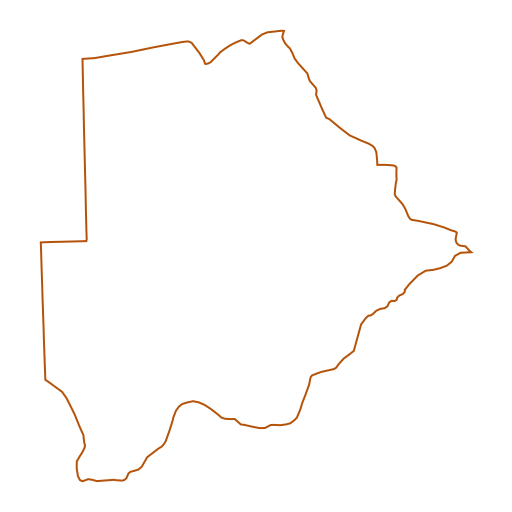 outline of Botswana
{"feature_id": "BWA", "entity_name": "Botswana", "entity_type": "country or territory", "adm_level": 0, "iso_a3": "BWA", "parent_name": "Africa", "parent_adm1": "", "projection": "orthographic", "projection_center": [24.585, -22.321], "detail": "fine", "context": "isolated", "style": "outline", "palette": "amber", "viewbox_px": 512, "rotation_deg": 0, "n_neighbors": 0, "source": "natural_earth", "source_scale": "50m", "svg_char_len": 2683}
<svg xmlns="http://www.w3.org/2000/svg" viewBox="0 0 512 512"><path d="M284.0,31.0L283.1,33.5L282.3,37.0L283.2,39.7L285.1,43.3L287.8,46.4L289.8,48.3L292.3,52.9L294.7,58.6L298.0,63.1L307.4,73.5L308.4,77.1L309.7,80.8L315.7,87.8L316.6,90.2L316.1,94.9L322.2,109.2L326.1,117.6L329.5,119.2L340.3,128.2L349.7,135.4L360.7,140.4L368.8,143.7L372.8,146.1L374.8,148.4L376.4,152.7L377.1,160.1L377.3,164.9L386.0,164.9L393.2,165.4L395.7,166.4L396.6,167.8L396.4,171.0L396.4,175.7L396.6,179.5L395.8,183.5L395.2,188.3L394.7,194.2L395.8,196.6L402.6,204.2L405.4,209.1L408.4,216.4L410.1,218.8L411.6,219.8L417.8,220.8L433.8,224.2L443.7,227.3L451.4,230.4L454.7,231.3L456.3,232.1L456.8,232.8L455.6,239.1L455.9,241.2L456.7,243.1L458.0,244.5L459.6,245.5L465.6,246.4L469.0,250.3L471.2,252.2L460.4,252.8L455.0,255.9L451.8,261.6L446.8,265.7L440.1,268.2L433.1,269.9L425.7,270.7L417.8,275.5L409.3,284.2L404.9,289.7L404.7,292.0L402.8,294.0L399.2,295.6L397.2,297.6L396.6,299.9L394.7,301.0L391.4,300.9L389.1,302.5L387.6,306.1L384.7,308.2L380.1,308.9L376.2,310.8L372.9,314.0L370.3,315.6L368.5,315.6L365.7,318.2L361.1,324.4L360.3,327.3L353.8,350.9L350.4,353.6L343.9,358.4L338.6,364.2L336.3,367.6L333.8,369.1L321.8,371.8L317.3,373.3L311.9,375.5L310.5,377.5L309.1,384.7L305.3,395.2L302.3,402.8L300.3,409.5L296.8,417.8L293.9,420.6L290.5,423.2L286.2,424.4L280.2,425.2L274.9,424.9L270.7,425.0L264.9,428.0L259.5,428.1L250.9,426.4L244.0,424.8L240.9,424.5L234.7,419.0L230.7,419.1L224.7,418.7L221.3,417.5L218.2,414.7L211.3,409.3L204.6,404.9L198.6,402.3L193.1,401.2L187.9,402.3L183.8,403.5L182.2,404.1L179.1,406.4L175.9,410.8L173.3,417.6L172.3,421.8L169.5,430.6L165.7,441.2L163.8,444.3L161.7,446.6L158.3,448.7L147.2,457.2L141.7,466.8L138.3,469.6L134.0,470.9L130.4,471.8L128.5,473.4L126.4,478.2L124.5,479.9L122.4,480.6L116.0,480.2L113.9,479.8L97.0,481.1L91.8,479.7L88.1,479.2L82.4,481.3L79.9,480.0L77.9,476.1L76.7,468.2L76.8,461.4L79.8,456.2L82.3,452.4L84.7,447.4L85.0,445.2L84.4,443.3L83.8,439.2L83.4,435.1L79.4,426.2L74.6,414.3L68.1,401.2L66.1,397.5L62.1,391.9L47.5,381.2L45.3,379.8L45.3,378.6L44.9,367.9L44.4,353.7L43.9,339.5L43.5,325.3L43.0,311.1L42.5,296.9L42.1,282.8L41.6,268.6L41.2,254.4L40.8,242.4L51.2,242.0L64.1,241.7L79.5,241.3L86.3,241.1L86.7,239.2L86.4,230.4L85.9,210.2L85.5,190.0L85.0,169.8L84.5,149.6L84.0,129.4L83.6,109.2L83.1,89.1L82.7,68.9L82.5,58.9L94.6,58.1L108.5,55.7L131.1,52.0L152.2,47.6L165.9,45.0L182.2,42.0L187.9,41.4L189.4,41.8L191.6,42.8L199.3,52.8L204.0,60.4L205.0,63.7L205.9,64.0L208.1,63.5L210.6,62.2L218.3,54.5L219.9,52.5L224.8,48.8L230.7,45.0L236.1,42.3L241.6,40.1L244.1,40.6L247.0,42.6L249.6,43.8L262.0,34.5L267.5,32.3L282.0,30.7L284.0,31.0Z" fill="none" stroke="#b45309" stroke-width="2"/></svg>